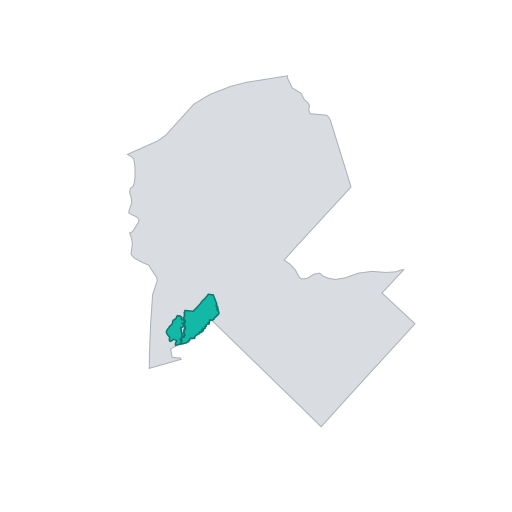 location of Lívingston, Izabal, Guatemala, rotated 132°
{"feature_id": "79465075B12175852129517", "entity_name": "Lívingston", "entity_type": "district", "adm_level": 2, "iso_a3": "GTM", "parent_name": "Guatemala", "parent_adm1": "Izabal", "projection": "orthographic", "projection_center": [-89.005, 15.735], "detail": "fine", "context": "in_parent", "style": "filled", "palette": "teal", "viewbox_px": 512, "rotation_deg": 132, "n_neighbors": 0, "source": "geoboundaries", "source_scale": "gbopen_adm2", "svg_char_len": 7164}
<svg xmlns="http://www.w3.org/2000/svg" viewBox="0 0 512 512"><g transform="rotate(132 256 256)"><path d="M101.0,353.1L103.0,351.1L104.8,346.4L106.9,341.5L105.7,335.9L105.0,331.3L107.5,324.7L107.4,319.7L108.5,316.7L112.1,314.7L114.0,311.0L104.1,297.7L104.2,294.7L105.6,291.1L113.9,277.2L123.7,260.7L134.6,242.5L141.1,231.6L164.3,231.8L179.7,232.0L199.3,232.2L220.5,232.4L234.5,232.4L240.2,232.4L239.3,225.2L240.1,217.3L242.7,210.1L242.7,206.9L238.6,203.0L230.6,200.7L226.1,197.2L226.1,192.8L224.2,187.6L220.4,181.3L212.4,175.0L200.2,168.4L189.9,159.6L181.4,148.6L174.2,141.5L168.7,138.5L167.4,137.0L183.7,137.3L199.2,137.6L199.5,122.0L199.7,108.1L200.0,92.5L227.9,92.7L261.3,93.0L296.0,93.2L323.2,93.3L339.3,93.3L338.5,112.7L337.6,135.2L337.0,151.7L336.1,173.8L335.3,196.3L334.1,227.1L333.3,247.0L333.6,247.5L342.8,246.5L356.4,247.4L359.7,247.3L363.9,249.0L367.1,249.6L374.0,254.0L382.1,257.4L387.3,250.6L384.6,246.5L382.5,244.4L382.8,242.5L411.0,260.2L407.7,262.9L400.6,269.2L387.6,280.1L375.9,289.7L364.7,298.5L354.6,306.4L353.4,307.2L340.5,312.8L338.4,315.4L335.6,326.6L334.4,329.3L336.7,335.5L339.0,345.1L338.3,350.1L329.3,356.2L325.3,361.8L323.4,365.4L321.8,364.4L319.1,364.1L312.7,365.5L309.6,365.8L307.1,367.4L306.8,370.8L308.5,376.4L309.1,379.3L307.3,380.6L299.5,384.0L296.4,387.3L293.4,392.4L289.9,394.6L286.3,394.1L283.8,394.9L278.3,398.7L270.1,406.2L265.7,411.7L265.6,415.8L266.4,419.5L236.6,406.2L226.7,403.9L184.8,403.8L166.9,398.4L146.6,388.2L132.9,379.0L101.0,353.1Z" fill="#d9dde1" stroke="#a8b0b8" stroke-width="1"/><path d="M313.5,261.7L316.3,265.8L316.7,265.8L319.4,265.5L320.0,265.6L320.9,265.5L321.5,265.6L322.3,265.4L323.2,265.5L323.6,265.9L325.9,265.8L327.0,265.8L327.6,265.7L328.2,265.4L338.9,265.7L339.2,265.8L341.0,268.2L343.9,272.3L344.1,272.4L344.4,272.1L345.2,271.8L345.4,271.5L346.1,271.5L346.2,271.2L346.4,271.1L346.6,270.5L346.8,270.4L347.2,270.3L347.3,270.1L347.5,269.9L347.3,269.8L347.3,269.6L347.7,269.2L348.1,269.1L348.5,269.2L349.0,269.1L349.5,268.7L349.3,268.5L349.4,268.3L349.9,268.3L350.9,268.3L351.3,268.1L351.7,267.9L352.0,267.7L351.6,267.5L351.2,267.3L351.5,266.8L351.4,266.6L351.5,266.4L351.5,266.2L351.6,265.9L351.3,265.7L351.5,265.6L351.6,265.1L352.0,264.9L352.5,264.5L352.6,264.8L352.9,264.7L353.1,264.6L353.3,264.2L353.6,264.4L353.9,264.4L354.0,264.2L354.2,264.4L354.4,264.4L354.4,264.0L354.7,264.0L354.9,263.8L355.3,263.8L356.0,262.9L355.7,262.6L355.4,261.9L355.4,261.7L356.0,261.3L355.9,261.1L356.1,260.9L356.2,261.2L356.5,261.3L357.0,260.9L357.4,260.8L357.4,260.6L357.1,260.0L357.1,259.9L357.5,259.7L357.6,259.9L357.9,260.1L358.0,260.1L358.0,259.9L358.4,260.1L358.5,260.1L358.9,259.9L359.0,259.4L359.8,259.2L360.3,258.8L360.7,258.6L361.0,258.3L361.2,258.2L361.2,258.3L361.1,258.7L360.9,258.9L360.4,259.0L360.0,259.2L360.4,259.0L360.3,259.3L360.6,259.1L361.3,258.8L361.7,258.0L361.4,257.8L361.7,257.6L361.8,257.2L362.0,257.1L362.2,256.9L362.1,256.7L362.3,256.3L362.1,256.2L362.4,255.9L363.0,255.8L363.3,255.9L363.2,255.6L363.8,255.6L364.5,255.2L364.9,255.5L365.0,255.9L365.6,256.4L366.0,256.6L366.4,256.6L367.0,256.0L367.6,255.8L368.3,255.9L368.7,256.4L368.8,255.5L369.0,255.2L368.5,254.9L368.3,254.6L368.4,254.4L368.5,254.3L369.4,254.3L369.7,254.1L370.1,253.7L370.7,252.8L371.0,252.6L371.0,252.4L370.9,252.1L368.6,250.7L367.4,249.8L366.6,249.5L365.8,249.4L364.8,248.7L364.7,248.7L364.1,249.5L363.9,249.4L362.9,249.3L362.3,249.7L361.7,249.7L361.3,249.5L361.1,249.6L360.6,249.6L360.4,249.4L360.0,248.9L358.8,247.1L358.4,246.8L358.3,246.6L357.9,247.0L357.2,247.2L356.9,247.3L355.1,247.5L354.8,247.5L354.0,247.0L352.9,246.9L352.3,246.3L352.0,246.3L351.8,246.3L351.3,246.7L350.0,247.0L349.9,246.7L350.2,246.0L350.1,245.8L349.1,245.7L348.4,245.4L348.3,245.6L348.1,246.2L347.7,246.4L347.6,245.4L347.3,245.2L347.0,245.3L347.0,245.8L346.7,246.0L346.7,246.4L346.7,246.5L345.9,245.8L345.7,246.0L345.6,246.6L345.4,246.8L345.2,246.2L344.9,245.8L343.7,245.5L343.2,246.0L342.6,246.0L342.9,246.6L342.8,246.8L342.7,246.8L342.5,246.4L342.4,246.3L341.7,246.6L341.5,246.1L341.3,246.0L341.1,246.1L341.0,246.4L340.8,246.5L340.0,246.8L339.8,246.7L339.1,246.6L339.0,246.3L338.6,246.0L338.5,245.7L338.0,245.4L337.6,245.7L337.2,245.8L337.2,246.4L337.2,246.7L336.4,246.3L335.9,246.7L335.5,246.7L335.1,247.0L335.0,247.3L334.9,247.5L334.5,247.7L334.3,247.5L334.3,246.9L334.1,246.7L333.8,246.7L333.8,246.3L333.6,246.0L333.2,245.7L332.4,245.2L331.9,245.2L331.6,245.2L331.4,245.0L331.2,245.0L330.9,245.0L330.6,245.3L329.9,245.3L329.1,245.4L328.0,245.1L327.3,245.2L327.1,245.0L326.6,245.3L326.0,245.4L325.8,245.2L325.7,245.0L325.5,244.9L325.1,245.0L324.2,244.9L323.4,245.2L322.5,246.1L322.5,246.5L322.2,247.2L322.3,247.5L322.0,247.9L321.7,247.9L321.5,248.0L321.7,248.4L322.1,248.4L322.1,248.5L321.9,248.8L321.7,248.6L321.4,248.6L321.7,249.0L321.3,249.1L321.4,249.6L321.1,249.6L320.8,249.2L320.7,249.1L320.5,249.3L320.2,249.8L319.7,250.1L319.9,250.4L319.9,250.5L320.1,250.7L319.9,250.9L319.5,250.8L319.4,251.2L319.3,251.3L319.3,251.5L319.1,251.9L319.5,252.2L318.7,252.4L318.6,252.5L318.8,252.8L318.5,252.9L318.2,252.8L317.8,253.2L313.5,261.7ZM376.2,256.0L375.4,255.6L373.3,254.2L372.8,253.8L372.7,253.5L372.5,253.3L372.3,253.2L371.5,253.8L371.2,253.7L370.8,253.5L370.6,253.5L370.0,254.1L369.6,254.3L368.5,254.5L368.6,254.8L369.2,255.3L369.0,255.6L368.8,256.5L368.7,256.7L368.3,256.1L368.0,256.0L367.7,256.0L367.2,256.2L366.8,256.6L366.7,256.8L366.0,256.9L365.6,256.6L365.4,256.6L365.0,256.8L364.6,256.9L364.8,257.1L365.0,257.0L365.0,257.3L364.6,257.2L364.6,257.4L364.2,257.4L364.1,257.6L364.4,257.8L364.2,257.7L363.9,257.8L363.7,258.2L363.9,258.2L364.0,258.3L363.7,258.5L363.5,258.2L363.3,258.2L363.3,258.5L363.6,258.8L363.6,259.1L363.2,259.5L362.9,259.6L362.9,259.9L362.5,260.4L362.4,260.8L362.0,261.0L362.0,261.3L361.7,261.6L361.1,261.9L360.7,262.0L360.6,262.3L360.6,262.7L360.3,263.2L360.1,263.7L359.5,263.9L359.3,263.5L359.0,263.5L358.4,263.1L357.7,262.9L357.4,262.9L357.0,263.1L356.5,263.0L356.2,263.3L355.7,263.8L355.7,264.2L355.5,264.4L355.4,265.1L355.2,264.7L355.0,264.8L354.9,264.6L354.2,264.8L354.0,265.1L353.5,264.8L352.7,265.1L352.5,265.4L352.2,265.3L352.1,265.6L352.2,265.8L352.0,266.1L351.9,265.9L351.8,266.5L351.9,266.8L352.0,267.3L352.2,267.6L352.6,267.8L353.0,268.6L353.0,268.8L352.7,269.4L352.4,269.5L352.2,269.9L351.6,269.8L351.3,269.9L351.3,270.2L351.5,270.4L351.5,270.6L351.4,271.0L351.2,271.2L351.2,271.3L351.5,272.3L351.5,272.7L351.8,272.9L352.2,272.9L352.7,274.4L353.4,274.5L354.4,274.4L355.4,273.8L355.9,273.7L356.5,273.8L358.0,274.2L358.6,274.2L359.0,274.6L359.7,274.5L360.1,274.3L361.3,273.5L361.9,273.0L364.2,272.8L364.7,272.9L364.9,273.1L365.1,273.1L365.6,272.8L365.8,272.8L366.4,273.0L367.0,273.1L367.7,272.7L369.8,272.7L370.4,272.6L370.9,272.3L371.4,272.3L372.8,271.5L373.6,269.4L374.0,267.5L374.0,267.0L374.2,265.9L374.4,265.6L374.7,265.3L376.2,264.6L376.3,264.4L376.3,263.9L376.8,263.6L376.9,263.4L377.0,263.1L376.9,262.7L376.7,262.4L376.0,262.1L375.4,262.0L375.0,261.8L373.3,261.7L373.1,261.5L372.9,260.9L372.6,260.3L372.1,259.2L372.0,258.8L372.0,258.4L372.4,257.7L372.6,257.7L373.1,257.9L373.4,257.9L374.6,257.5L375.1,257.2L376.1,256.2L376.2,256.0Z" fill="#14b8a6" stroke="#0f766e" stroke-width="1.5"/></g></svg>